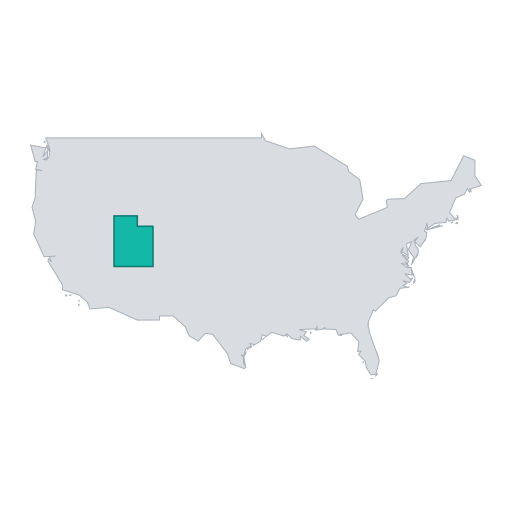 location of Utah within United States of America
{"feature_id": "USA-3526", "entity_name": "Utah", "entity_type": "State", "adm_level": 1, "iso_a3": "USA", "parent_name": "United States of America", "parent_adm1": "", "projection": "mercator", "projection_center": [-111.421, 39.5], "detail": "fine", "context": "in_parent", "style": "filled", "palette": "teal", "viewbox_px": 512, "rotation_deg": 0, "n_neighbors": 0, "source": "natural_earth", "source_scale": "10m", "svg_char_len": 5496}
<svg xmlns="http://www.w3.org/2000/svg" viewBox="0 0 512 512"><path d="M421.0,183.6L451.0,180.6L463.7,155.8L474.9,160.2L474.9,175.5L481.3,185.5L469.9,189.0L469.2,191.7L467.4,188.3L464.5,194.1L455.7,198.1L449.6,212.4L454.4,218.4L457.8,217.7L456.9,215.1L457.9,216.3L458.2,219.3L448.6,221.2L446.9,218.0L445.9,222.4L434.9,223.4L426.6,228.9L427.5,225.7L426.8,223.7L424.5,231.2L426.8,232.5L425.9,238.7L420.3,246.7L414.6,241.8L418.2,236.8L414.1,240.2L415.7,245.8L418.0,248.9L418.4,252.4L411.4,265.0L413.6,257.1L408.3,249.6L411.9,241.5L406.5,244.0L408.3,255.8L403.1,252.2L401.3,252.6L403.0,248.9L402.9,247.8L401.1,250.7L401.0,253.2L408.9,257.7L407.1,259.8L403.6,255.7L402.3,255.0L406.6,259.9L408.5,260.9L407.4,263.8L405.0,261.6L408.7,266.0L407.8,266.6L406.0,264.3L401.2,263.3L407.1,267.5L410.9,267.4L414.6,278.0L411.3,269.8L412.3,275.1L405.2,274.0L410.3,279.2L412.8,277.7L409.6,282.4L402.8,280.8L406.9,283.2L403.3,285.6L407.5,287.3L399.9,288.4L395.9,295.8L388.7,297.9L375.2,311.2L373.4,309.8L368.3,321.9L367.9,324.9L370.0,334.0L379.3,360.4L375.9,374.2L371.0,374.9L366.3,367.6L365.4,361.5L358.5,354.4L360.9,351.2L357.5,351.3L359.0,342.1L350.9,332.8L338.2,335.0L336.0,329.5L323.5,329.0L325.1,327.0L322.9,329.0L317.2,330.0L317.2,325.8L316.2,328.8L299.1,329.6L306.3,331.7L303.8,335.5L309.3,339.3L306.5,341.2L300.4,336.3L300.0,340.1L291.6,338.5L286.9,333.6L284.0,336.1L271.7,332.3L264.5,337.6L266.3,336.2L262.4,334.8L260.5,341.4L253.0,345.6L254.7,344.4L249.8,343.7L251.5,345.9L245.8,348.7L243.6,355.9L241.0,354.7L243.2,356.7L243.6,363.3L245.9,367.2L244.2,368.6L230.6,363.6L227.5,353.9L212.8,334.4L205.3,333.3L198.2,341.1L189.2,335.9L185.2,326.8L173.3,316.0L159.5,315.9L159.5,320.0L137.4,320.1L108.7,307.3L89.9,309.0L87.3,301.9L79.1,295.1L62.5,289.8L62.3,284.6L48.0,261.2L48.4,258.7L51.3,261.8L49.4,256.6L55.6,256.1L44.1,256.8L33.7,234.0L35.7,221.5L32.0,207.3L35.1,197.9L36.3,170.0L42.3,170.7L35.7,169.3L37.5,161.5L35.2,161.6L30.7,145.1L45.8,148.0L43.0,156.7L47.7,150.5L47.4,157.8L43.9,159.5L46.4,159.9L49.1,156.9L50.0,149.4L45.7,137.9L261.4,137.9L261.4,133.4L265.6,140.8L289.8,148.9L314.3,146.0L347.3,166.3L348.7,171.5L359.8,179.8L363.0,199.2L355.1,214.4L358.7,219.3L387.2,207.4L386.2,200.3L388.7,199.1L404.5,198.6L421.0,183.6ZM438.2,226.5L442.9,225.7L426.3,230.0L440.0,224.7L438.2,226.5ZM47.0,145.1L49.0,149.7L48.9,150.5L46.1,146.9L47.0,145.1ZM245.7,366.1L243.9,360.3L244.0,357.0L244.3,360.5L245.7,366.1ZM471.0,189.6L470.9,191.8L470.2,191.3L471.0,189.6ZM287.0,335.3L287.4,336.7L286.0,335.6L287.0,335.3ZM69.0,295.6L70.8,294.8L71.0,295.0L69.0,295.6ZM66.9,295.0L66.2,296.1L65.5,295.2L66.9,295.0ZM453.0,221.6L451.6,222.9L451.3,222.6L453.0,221.6ZM245.1,354.0L244.0,356.6L246.5,351.5L245.1,354.0ZM376.6,351.8L378.4,357.0L376.3,351.3L376.6,351.8ZM78.8,300.2L79.6,301.7L78.7,300.3L78.8,300.2ZM376.7,374.9L375.2,376.5L377.7,373.1L376.7,374.9ZM415.1,281.5L413.3,283.7L414.8,278.4L415.1,281.5ZM44.9,141.2L44.9,142.6L44.0,141.9L44.9,141.2ZM251.6,347.0L248.9,348.2L251.7,346.6L251.6,347.0ZM457.4,222.2L457.3,223.7L455.9,223.3L457.4,222.2ZM78.7,304.3L79.4,306.1L78.5,304.5L78.7,304.3ZM248.3,349.2L247.2,349.8L248.1,348.8L248.3,349.2ZM417.7,254.9L415.8,257.9L418.0,253.7L417.7,254.9ZM263.7,338.8L261.9,339.9L264.4,338.0L263.7,338.8ZM368.6,323.3L368.3,325.5L368.1,324.0L368.6,323.3ZM408.1,287.7L407.5,288.1L409.3,286.4L408.1,287.7ZM342.7,334.5L340.6,335.7L339.8,335.4L342.7,334.5ZM316.4,329.6L316.0,330.0L314.8,329.9L316.4,329.6ZM363.1,361.7L363.4,363.2L362.8,361.4L363.1,361.7ZM310.9,332.7L310.6,334.1L310.5,331.6L310.9,332.7ZM372.0,378.5L370.8,378.6L372.4,378.2L372.0,378.5ZM425.5,239.8L424.6,241.4L425.7,239.2L425.5,239.8ZM412.0,284.1L411.2,284.7L412.0,284.1Z" fill="#d9dde1" stroke="#a8b0b8" stroke-width="1"/><path d="M137.3,215.9L137.3,216.6L137.3,217.2L137.3,217.9L137.3,218.5L137.3,219.2L137.3,219.8L137.3,220.5L137.3,221.1L137.3,221.8L137.3,222.4L137.3,223.1L137.3,223.7L137.3,224.4L137.3,225.0L137.3,225.7L137.3,226.3L138.3,226.3L139.3,226.3L140.3,226.3L141.3,226.3L142.2,226.3L143.2,226.3L144.2,226.3L145.2,226.3L146.1,226.3L147.1,226.3L148.1,226.3L149.1,226.3L150.1,226.3L151.0,226.3L152.0,226.3L153.0,226.3L153.0,227.6L153.0,228.9L153.0,230.2L153.0,231.5L153.0,232.8L153.0,234.0L153.0,235.3L153.0,236.6L153.0,237.9L153.0,239.1L153.0,240.4L153.0,241.7L153.0,242.9L153.0,244.2L153.0,245.4L153.0,246.7L153.0,248.0L153.0,249.2L153.0,250.5L153.0,251.7L153.0,253.0L153.0,254.2L153.0,255.4L153.0,256.7L153.0,257.9L153.0,259.1L153.0,260.4L153.0,261.6L153.0,262.8L153.0,264.1L153.0,265.3L153.0,266.5L151.8,266.5L150.5,266.5L149.3,266.5L148.1,266.5L146.9,266.5L145.7,266.5L144.5,266.5L143.2,266.5L142.0,266.5L140.8,266.5L139.6,266.5L138.4,266.5L137.1,266.5L135.9,266.5L134.7,266.5L133.5,266.5L132.3,266.5L131.1,266.5L129.8,266.5L128.6,266.5L127.4,266.5L126.2,266.5L125.0,266.5L123.7,266.5L122.5,266.5L121.3,266.5L120.1,266.5L118.9,266.5L117.7,266.5L116.4,266.5L115.2,266.5L114.0,266.5L114.0,265.0L114.0,263.4L114.0,261.9L114.0,260.4L114.0,258.8L114.0,257.3L114.0,255.7L114.0,254.2L114.0,252.6L114.0,251.1L114.0,249.5L114.0,247.9L114.0,246.4L114.0,244.8L114.0,243.2L114.0,241.6L114.0,240.1L114.0,238.5L114.0,236.9L114.0,235.3L114.0,233.7L114.0,232.1L114.0,230.5L114.0,228.9L114.0,227.3L114.0,225.7L114.0,224.0L114.0,222.4L114.0,220.8L114.0,219.2L114.0,217.5L114.0,215.9L115.4,215.9L116.9,215.9L118.4,215.9L119.8,215.9L121.3,215.9L122.7,215.9L124.2,215.9L125.7,215.9L127.1,215.9L128.6,215.9L130.0,215.9L131.5,215.9L133.0,215.9L134.4,215.9L135.9,215.9L137.3,215.9Z" fill="#14b8a6" stroke="#0f766e" stroke-width="1.5"/></svg>